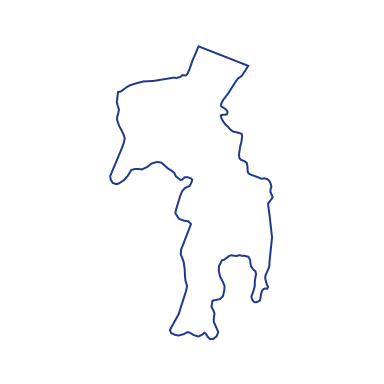 Kapit, Sarawak, Malaysia, rotated 113°
{"feature_id": "92858781B45914425263200", "entity_name": "Kapit", "entity_type": "district", "adm_level": 2, "iso_a3": "MYS", "parent_name": "Malaysia", "parent_adm1": "Sarawak", "projection": "albers", "projection_center": [113.189, 2.18], "detail": "fine", "context": "isolated", "style": "outline", "palette": "blue", "viewbox_px": 384, "rotation_deg": 113, "n_neighbors": 0, "source": "geoboundaries", "source_scale": "gbopen_adm2", "svg_char_len": 2883}
<svg xmlns="http://www.w3.org/2000/svg" viewBox="0 0 384 384"><g transform="rotate(113 192 192)"><path d="M128.9,299.1L138.5,296.4L141.7,294.1L144.6,291.5L148.1,290.7L151.9,290.3L154.7,289.3L156.9,287.4L159.8,284.7L162.3,281.5L165.9,277.4L169.0,274.8L173.6,274.0L177.2,273.7L209.4,273.5L212.3,271.7L214.6,268.6L214.4,264.8L212.5,262.5L207.5,259.2L202.4,257.5L195.3,256.4L192.7,252.8L190.6,246.7L186.3,242.9L181.8,240.5L178.1,236.1L176.9,231.8L178.6,226.5L179.7,223.7L180.4,218.9L181.2,216.0L183.9,212.9L185.4,207.3L184.6,206.0L181.3,204.4L180.1,202.0L179.9,198.2L180.6,196.5L184.3,196.2L187.3,196.6L189.2,198.3L191.2,200.0L195.1,201.4L200.5,201.3L215.2,199.7L218.1,199.0L221.8,193.4L221.5,187.9L220.4,183.9L221.9,180.4L249.2,179.5L253.8,178.0L256.2,175.5L259.7,172.3L265.9,168.6L272.7,165.3L276.1,163.4L280.5,159.8L285.3,158.8L304.0,157.1L309.2,156.5L315.5,157.2L327.7,158.4L328.7,157.4L330.0,156.0L330.1,151.3L329.3,148.2L326.1,144.1L322.8,141.5L322.4,138.8L323.0,134.5L322.6,129.8L319.3,126.8L316.7,125.6L317.0,124.0L319.3,120.7L320.3,118.3L319.1,115.1L315.3,113.0L310.7,113.1L306.4,117.5L303.1,121.1L300.3,122.4L295.1,123.8L292.7,126.0L290.1,129.2L284.0,130.7L282.1,127.9L279.6,124.4L275.8,122.8L269.8,123.9L265.8,125.3L262.6,128.6L258.9,133.1L254.5,136.3L249.8,138.2L243.2,137.7L241.9,136.0L236.2,132.7L234.9,131.1L234.2,128.3L233.5,126.0L231.6,123.6L231.2,120.9L230.3,119.1L229.6,115.0L231.7,112.0L234.5,110.5L237.2,108.8L239.5,105.2L240.2,102.6L242.7,100.9L245.7,100.3L250.1,99.1L254.0,97.5L259.3,96.7L261.8,96.7L265.2,96.4L265.8,96.0L266.4,95.5L267.9,93.9L268.9,92.3L268.9,90.9L268.3,89.8L267.4,88.7L265.3,87.1L263.6,87.4L258.2,88.7L255.3,88.8L253.6,88.3L252.4,87.3L251.6,85.0L249.6,84.9L248.2,86.6L245.9,88.7L242.9,90.8L240.6,91.7L236.8,91.7L231.0,91.7L228.9,92.2L226.6,93.2L202.5,100.6L184.2,110.9L173.0,117.5L166.4,115.8L165.1,115.8L163.8,117.2L161.3,119.9L158.3,120.9L156.2,120.9L152.8,123.6L151.8,124.8L151.2,126.2L150.7,127.8L151.1,130.6L151.9,131.9L152.7,133.5L152.7,135.9L152.7,137.6L152.8,138.9L152.8,141.7L153.1,143.8L153.0,145.4L152.7,147.4L151.3,148.8L148.3,150.3L146.0,151.4L143.7,153.1L143.1,156.1L143.3,159.5L142.3,161.6L139.2,163.4L131.0,165.5L127.4,165.9L124.4,166.7L121.0,167.6L119.2,168.9L119.2,171.2L119.6,174.1L120.3,177.5L120.0,179.4L119.3,181.5L117.8,184.7L116.8,187.6L115.1,190.5L112.6,193.8L110.4,195.4L109.3,194.6L108.1,192.3L107.0,190.2L104.4,190.5L102.9,192.7L102.1,196.0L101.8,198.6L99.8,199.5L97.3,199.5L94.3,199.2L92.4,198.5L89.3,197.8L85.9,197.0L82.0,196.4L78.6,195.8L75.7,195.3L72.7,194.8L69.6,194.0L65.5,191.5L53.9,189.5L55.4,242.9L64.6,242.8L67.4,242.9L70.8,242.9L75.5,242.6L80.0,242.3L84.4,242.3L86.6,242.9L87.4,243.8L88.2,246.6L90.5,247.5L93.2,251.1L93.7,253.1L95.0,255.3L104.8,270.8L109.3,280.0L112.0,283.5L114.4,286.6L118.0,290.8L121.4,293.3L124.1,294.9L127.2,296.7L128.9,299.1Z" fill="none" stroke="#1e3a8a" stroke-width="2"/></g></svg>